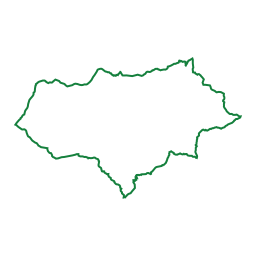 the district of Vintileasca, Vrancea, Romania
{"feature_id": "2599482B81122424257494", "entity_name": "Vintileasca", "entity_type": "district", "adm_level": 2, "iso_a3": "ROU", "parent_name": "Romania", "parent_adm1": "Vrancea", "projection": "orthographic", "projection_center": [26.718, 45.626], "detail": "fine", "context": "isolated", "style": "outline", "palette": "green", "viewbox_px": 256, "rotation_deg": 0, "n_neighbors": 0, "source": "geoboundaries", "source_scale": "gbopen_adm2", "svg_char_len": 5788}
<svg xmlns="http://www.w3.org/2000/svg" viewBox="0 0 256 256"><path d="M123.6,197.5L124.6,197.2L125.3,197.3L125.4,196.9L125.3,196.7L126.4,196.0L127.0,195.2L128.4,194.0L130.6,193.2L132.3,191.0L134.9,188.0L134.7,184.4L133.4,182.4L133.5,181.1L133.4,180.1L134.4,180.1L134.9,180.9L136.3,179.8L135.7,179.1L135.6,177.4L136.9,177.8L136.1,175.6L136.7,175.0L138.3,174.9L139.1,175.2L140.8,174.6L141.2,174.9L142.0,174.2L142.5,174.3L145.8,174.1L146.1,174.0L146.6,173.5L147.2,173.1L148.3,173.0L149.7,173.7L150.0,173.6L150.7,174.1L151.0,173.9L150.9,173.5L151.2,172.8L151.0,172.3L152.4,171.3L155.3,167.8L156.3,167.1L157.0,166.9L161.5,166.0L161.7,165.6L161.9,165.4L162.6,165.4L162.8,165.0L163.9,164.8L165.8,162.9L166.0,162.7L166.0,162.3L166.6,161.4L166.7,160.7L167.1,159.9L167.5,158.3L168.2,157.3L168.7,155.8L169.2,155.2L169.4,154.7L169.1,153.7L169.5,152.5L169.5,152.1L170.0,152.0L170.4,151.7L171.2,151.3L172.6,152.4L173.5,152.7L173.8,153.0L173.7,153.4L173.8,153.7L175.1,154.4L176.0,154.7L176.5,154.6L177.2,154.7L177.6,154.4L178.7,154.1L180.1,153.4L181.1,154.0L182.6,154.4L183.0,154.4L183.8,153.8L184.7,154.3L185.8,154.0L186.5,154.0L186.9,154.2L187.5,155.2L188.0,155.5L189.6,155.8L191.9,155.8L192.6,156.6L193.0,156.8L194.7,156.7L195.9,157.4L196.1,157.8L196.4,157.7L196.8,157.9L197.1,156.7L197.0,155.7L196.0,153.6L195.5,152.4L195.4,151.9L195.5,151.0L195.8,150.2L195.8,147.7L196.8,146.2L195.8,145.4L195.7,145.0L196.3,144.5L196.5,143.9L196.5,142.6L196.9,141.0L196.8,140.1L197.3,138.7L197.0,137.9L197.1,137.5L197.3,137.0L198.2,136.4L198.8,135.8L199.0,135.5L198.9,133.4L200.3,131.9L202.4,129.9L203.0,129.7L203.6,129.7L204.4,130.3L204.8,130.4L205.2,130.4L205.7,129.9L207.0,130.6L207.3,130.6L208.4,130.0L209.8,129.0L210.3,128.8L211.0,129.0L212.4,128.2L213.4,128.2L214.9,127.5L215.7,127.4L216.6,127.1L217.4,127.6L218.8,127.7L219.9,128.2L220.3,128.2L220.8,128.6L221.2,128.7L222.2,128.0L224.6,127.2L225.1,126.5L225.6,126.0L227.2,125.2L227.6,124.7L228.3,124.3L232.1,122.8L233.9,121.2L234.1,120.6L235.0,120.1L235.5,119.4L236.1,119.0L237.3,119.0L240.2,117.5L240.6,116.4L239.5,116.5L236.7,114.6L235.0,114.9L233.3,114.9L231.9,114.0L231.4,113.9L230.4,114.0L229.6,113.9L226.8,111.4L226.3,110.5L226.1,110.0L224.4,107.7L223.9,106.6L224.0,105.1L223.9,104.3L224.0,103.3L224.3,102.8L224.3,102.2L223.1,101.2L223.1,100.9L223.2,100.2L224.1,99.4L224.4,98.2L224.3,97.0L223.7,95.8L223.9,93.7L220.9,92.1L218.7,91.9L216.6,92.3L216.2,92.1L214.6,90.8L212.2,89.8L211.5,89.3L211.0,88.6L210.5,86.6L209.9,85.4L205.4,84.8L203.4,84.8L202.6,82.7L203.8,79.3L202.2,77.3L201.1,76.2L200.7,75.5L198.9,74.1L197.9,74.2L197.4,74.7L195.3,73.4L195.1,72.6L193.1,72.4L192.9,72.1L193.0,71.4L192.7,69.7L192.8,68.6L193.3,67.7L192.8,63.4L192.8,59.7L192.4,58.5L189.1,60.5L188.6,60.5L187.9,61.6L186.9,63.7L186.3,64.6L185.8,65.5L185.6,65.3L185.8,64.0L185.7,63.6L185.4,63.2L185.5,61.8L184.2,61.5L182.6,61.9L182.4,61.8L181.7,61.2L181.3,61.0L180.2,61.5L179.9,61.4L179.8,60.7L179.3,60.6L179.2,60.7L178.8,62.2L178.5,62.7L177.1,63.0L176.7,63.3L176.1,63.5L175.5,63.8L174.1,63.8L172.8,64.6L172.0,65.0L171.6,65.3L169.5,66.2L167.8,66.6L167.7,67.7L167.5,68.1L166.7,69.0L165.5,69.6L164.0,69.5L161.3,70.0L160.5,70.3L158.6,69.4L158.3,69.5L157.5,68.8L155.4,68.9L153.5,70.2L153.1,70.1L152.3,70.4L152.2,70.7L150.5,71.8L149.6,72.0L147.7,71.7L147.0,71.8L146.0,72.6L145.5,73.6L145.3,73.8L143.9,74.5L143.4,75.2L141.7,75.9L137.7,74.7L132.3,76.1L126.5,75.4L123.7,75.5L122.5,75.4L120.9,72.8L120.5,72.0L120.3,71.9L119.7,72.8L118.7,73.8L118.0,74.9L117.7,74.6L117.0,75.0L116.4,74.9L116.1,75.6L115.6,75.8L115.1,75.7L114.6,75.3L114.3,75.3L114.3,75.5L113.7,75.7L113.3,75.2L112.9,75.3L112.7,75.1L112.1,74.8L111.1,73.4L110.6,73.5L109.0,72.2L107.9,72.3L106.5,71.7L105.7,71.6L105.0,71.3L102.5,69.3L101.6,68.8L100.2,68.8L98.2,69.4L97.6,69.8L96.7,71.7L94.6,75.0L93.1,77.0L91.5,80.0L89.8,82.0L87.7,83.8L87.1,84.2L86.1,84.5L84.5,84.4L82.6,85.0L81.3,85.1L79.7,84.8L77.4,84.0L75.4,83.7L74.2,84.0L72.2,85.2L67.3,86.4L65.7,85.3L64.6,84.1L64.0,83.8L60.5,82.7L59.1,81.0L55.4,79.6L53.1,81.5L52.3,82.4L51.2,82.6L50.4,82.4L49.6,82.4L48.3,83.1L46.4,82.1L46.2,81.7L45.6,81.4L45.1,80.8L44.4,80.5L43.0,80.5L39.1,81.7L37.5,82.7L37.3,83.2L35.9,84.1L35.8,85.5L35.4,85.9L35.3,86.8L35.0,88.5L34.8,91.0L34.7,91.6L34.3,92.2L33.6,92.6L33.5,94.6L32.7,96.0L30.3,98.8L29.4,100.0L28.2,103.9L27.8,106.5L27.3,107.9L25.3,110.6L24.8,112.2L24.3,114.5L23.4,114.8L22.4,115.8L21.7,117.2L20.6,118.1L20.6,118.7L19.2,119.9L16.7,122.8L15.4,124.7L16.4,125.1L18.3,126.9L21.9,129.4L22.7,129.5L24.1,129.3L24.6,129.4L25.6,130.1L26.2,130.9L26.6,132.6L26.9,133.5L27.9,136.0L28.2,136.4L29.9,137.4L32.2,140.5L35.3,142.7L36.6,143.1L36.9,143.4L38.1,145.0L38.4,145.6L39.4,146.1L41.1,147.2L41.3,147.2L47.4,148.2L47.3,148.8L47.5,149.7L48.0,151.2L49.5,152.9L51.1,153.2L52.1,155.2L52.1,156.1L53.1,157.1L54.4,157.6L55.1,158.1L55.6,158.3L55.9,158.6L58.0,158.4L61.6,157.2L64.1,157.0L72.5,155.4L75.7,154.6L76.4,154.2L78.4,154.1L78.4,154.9L78.6,155.7L80.3,156.4L82.6,156.4L84.5,157.0L85.9,156.9L86.6,157.3L87.2,157.4L88.1,157.8L88.2,158.3L88.4,158.3L89.1,157.9L90.9,158.2L92.6,158.0L93.7,157.6L94.8,157.6L96.0,158.5L98.0,159.2L98.4,159.9L98.6,160.9L99.0,161.1L99.1,161.7L98.5,165.0L98.7,166.1L99.5,166.9L100.9,167.8L101.2,168.3L101.4,169.7L101.7,170.2L101.7,170.6L102.0,171.3L102.6,171.5L103.5,171.3L104.2,171.4L104.3,172.1L104.7,172.7L105.4,173.2L106.0,173.4L106.9,174.1L108.3,174.0L108.1,175.0L108.5,175.5L108.7,176.5L109.2,177.0L110.7,177.8L110.8,178.0L110.7,178.4L110.8,178.9L111.0,179.3L111.5,179.9L114.1,181.1L114.3,181.4L114.5,181.9L114.4,182.4L115.9,184.0L116.5,184.3L118.1,184.5L119.6,185.4L120.1,186.2L120.2,187.7L120.5,188.1L121.4,188.7L121.2,189.1L120.8,189.4L120.6,189.9L120.9,191.2L121.9,192.2L122.0,192.5L122.0,193.4L123.1,194.4L123.6,194.7L123.9,195.0L124.0,196.6L123.6,197.2L123.6,197.5Z" fill="none" stroke="#15803d" stroke-width="2"/></svg>